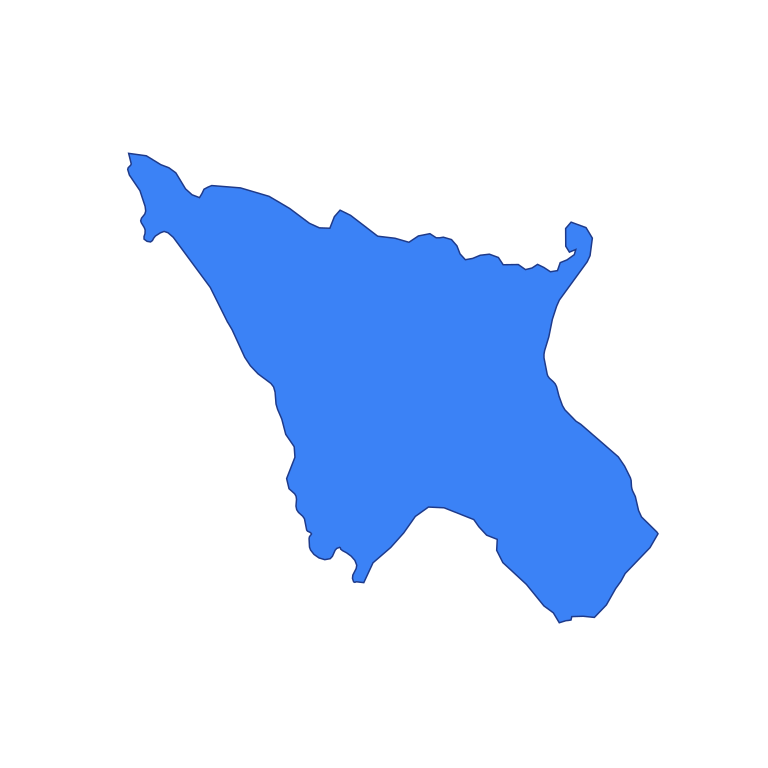 SVG path tracing the border of Khammouan, rotated 193°
{"feature_id": "LAO-3293", "entity_name": "Khammouan", "entity_type": "Province", "adm_level": 1, "iso_a3": "LAO", "parent_name": "Laos", "parent_adm1": "", "projection": "orthographic", "projection_center": [105.341, 17.58], "detail": "fine", "context": "isolated", "style": "filled", "palette": "blue", "viewbox_px": 768, "rotation_deg": 193, "n_neighbors": 0, "source": "natural_earth", "source_scale": "10m", "svg_char_len": 2568}
<svg xmlns="http://www.w3.org/2000/svg" viewBox="0 0 768 768"><g transform="rotate(193 384 384)"><path d="M213.8,573.0L212.1,555.4L213.5,548.8L232.0,505.3L233.3,498.6L234.5,484.9L234.0,467.1L235.0,452.6L234.8,449.0L234.0,445.5L227.3,430.5L226.3,428.8L224.2,426.9L219.4,424.2L217.2,422.6L215.2,420.1L210.8,411.6L205.3,403.1L201.9,399.5L188.5,390.9L183.2,389.0L139.3,365.7L131.1,358.1L122.8,348.0L121.5,345.6L119.8,339.8L119.0,337.9L117.9,336.0L113.8,330.9L107.5,318.0L103.2,312.4L84.9,301.2L83.3,299.7L88.0,284.4L106.4,253.6L108.8,245.0L112.3,236.7L117.6,218.8L126.5,203.9L137.7,202.5L148.7,199.6L148.7,196.1L151.1,195.1L153.5,194.3L159.5,190.8L167.5,199.1L178.2,203.7L200.2,220.8L228.0,236.7L236.8,247.3L238.7,258.1L250.0,259.8L259.4,266.2L266.0,272.1L297.6,276.9L313.0,274.1L323.7,262.0L331.3,243.3L340.7,226.2L354.5,207.3L359.0,185.9L366.4,185.1L367.8,184.2L369.1,184.4L371.0,187.5L371.4,190.8L369.6,198.0L369.8,201.3L372.7,205.6L377.3,208.9L382.5,211.1L386.9,212.3L389.0,213.3L389.7,214.6L390.4,214.9L393.0,213.2L394.2,211.1L395.5,204.5L397.1,201.7L402.2,199.5L408.2,199.9L413.9,202.2L418.2,205.7L419.9,208.3L422.2,216.4L422.3,218.2L421.7,219.8L421.1,220.9L420.9,221.6L422.2,222.7L425.4,223.4L426.5,224.3L431.2,234.8L433.5,236.9L438.4,239.6L440.8,241.9L442.3,245.2L443.3,251.9L444.4,254.8L446.3,256.9L453.0,260.6L456.9,268.5L457.6,270.0L454.3,292.6L457.4,302.7L468.4,312.8L475.7,326.8L482.0,335.4L484.7,340.2L488.3,351.6L490.9,356.3L494.3,359.1L509.1,365.6L518.3,371.7L525.7,378.7L544.2,402.7L550.2,409.0L550.3,409.0L575.0,439.0L622.3,479.5L628.5,482.8L632.6,483.2L635.9,481.0L640.0,476.8L641.2,474.3L641.9,471.7L643.4,469.9L647.0,469.7L650.4,471.2L651.0,473.7L650.7,476.8L651.4,480.4L652.8,482.5L656.8,486.6L657.8,488.3L657.6,491.0L655.3,495.8L655.1,498.9L656.7,503.3L665.3,517.5L679.1,530.3L682.0,535.4L681.9,537.2L680.0,540.3L679.8,541.6L684.7,551.3L666.9,552.9L650.8,547.5L642.2,546.3L634.3,542.9L621.3,529.5L613.6,525.2L605.7,524.1L604.2,528.7L603.2,533.3L600.0,536.1L596.5,538.6L568.0,542.8L538.2,541.0L515.4,533.8L492.8,523.8L482.1,521.6L471.8,523.6L470.0,535.9L465.9,543.5L454.5,540.8L423.4,526.6L406.0,528.5L391.6,527.7L383.8,536.0L373.1,540.8L366.0,538.2L362.6,539.0L359.2,540.4L350.7,539.9L344.0,535.0L339.2,527.9L332.7,523.4L325.9,526.3L319.2,531.1L310.5,534.2L301.0,533.0L294.7,527.0L280.0,530.6L271.9,527.3L265.9,530.3L261.3,535.1L254.4,533.5L247.1,530.8L240.5,533.5L239.6,541.9L233.6,546.1L227.7,552.8L227.4,558.2L233.0,554.2L237.9,559.1L242.0,576.4L238.1,583.8L222.3,581.8L213.8,573.0Z" fill="#3b82f6" stroke="#1e3a8a" stroke-width="1.5"/></g></svg>